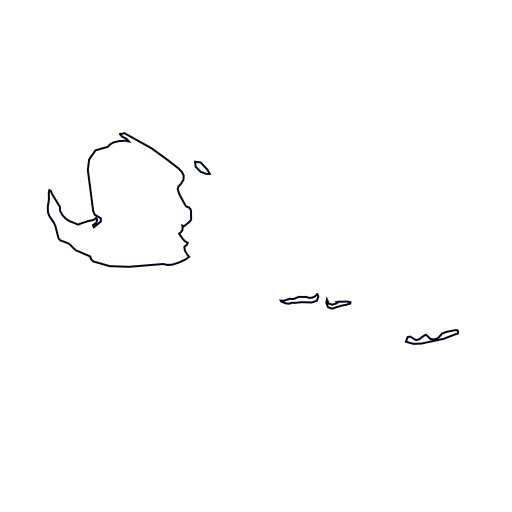 SVG path tracing the border of Isla de la Juventud, rotated 22°
{"feature_id": "CUB-1320", "entity_name": "Isla de la Juventud", "entity_type": "Special Municipality", "adm_level": 1, "iso_a3": "CUB", "parent_name": "Cuba", "parent_adm1": "", "projection": "orthographic", "projection_center": [-82.43, 21.696], "detail": "fine", "context": "isolated", "style": "outline", "palette": "ink", "viewbox_px": 512, "rotation_deg": 22, "n_neighbors": 0, "source": "natural_earth", "source_scale": "10m", "svg_char_len": 2157}
<svg xmlns="http://www.w3.org/2000/svg" viewBox="0 0 512 512"><g transform="rotate(22 256 256)"><path d="M187.8,271.3L186.1,274.3L188.0,277.6L191.5,280.3L194.3,281.8L191.9,285.7L187.0,290.9L181.5,295.5L177.2,297.4L172.7,298.3L142.3,313.6L124.2,320.2L107.3,322.0L104.5,320.9L102.4,318.5L86.8,318.2L84.5,317.4L79.9,315.3L77.1,314.6L68.6,314.8L66.4,313.7L58.7,303.3L55.8,300.6L49.1,296.1L46.6,293.2L44.5,288.3L42.9,281.3L40.2,275.0L39.7,272.4L41.3,272.5L43.9,275.1L55.8,283.9L57.4,287.5L61.1,290.6L65.7,292.7L69.6,293.5L79.5,293.5L80.3,292.5L86.9,286.8L90.7,284.3L92.5,282.6L93.3,280.6L94.0,280.9L95.3,282.4L95.5,285.0L93.3,288.5L94.9,290.1L99.2,282.2L98.0,279.2L90.9,278.1L88.2,275.3L67.9,239.3L65.1,229.1L67.6,218.2L77.7,210.3L79.0,207.0L81.1,204.3L85.8,200.9L91.3,198.2L95.2,197.4L92.6,196.1L90.0,195.6L87.3,195.6L84.4,194.1L84.3,193.6L85.8,193.1L88.0,191.4L118.9,195.3L138.2,200.1L151.5,203.9L155.7,205.8L158.9,208.6L160.2,212.6L159.4,217.3L158.1,220.4L158.3,223.3L161.8,227.5L172.4,236.2L175.6,236.1L178.0,237.3L179.6,240.1L180.8,243.3L182.0,245.7L182.1,247.6L180.8,250.6L178.1,255.4L176.3,255.4L177.6,257.6L178.0,259.8L177.5,262.0L176.3,264.1L181.7,267.6L184.5,268.9L187.8,269.4L187.8,271.3ZM471.6,252.9L470.6,253.5L461.0,262.5L442.2,275.2L434.9,278.5L427.1,279.3L427.0,274.3L429.2,273.0L435.9,274.0L438.5,272.1L440.7,268.3L442.9,265.4L445.6,266.2L448.8,267.6L452.2,266.7L455.0,264.6L456.1,262.5L457.6,258.2L461.0,255.0L468.4,250.2L470.3,249.4L471.8,250.5L472.3,252.0L471.6,252.9ZM327.2,268.3L329.0,270.3L329.2,274.8L325.1,278.2L315.7,281.7L308.8,285.3L307.2,285.7L306.0,286.5L305.1,287.6L301.8,288.7L296.6,288.9L295.6,288.1L298.5,287.1L303.2,283.1L305.8,282.3L308.0,280.9L309.8,279.0L311.2,277.8L318.0,275.1L320.8,275.0L323.5,273.7L325.6,271.6L326.5,269.8L326.8,268.6L327.2,268.3ZM357.7,264.1L360.9,263.5L361.2,264.8L357.7,267.6L353.5,270.3L346.1,276.4L342.0,276.5L338.8,273.2L338.0,269.7L338.6,270.2L341.2,272.9L345.1,272.5L348.3,269.9L349.2,268.4L348.3,268.3L349.0,267.8L356.1,264.7L357.7,264.1ZM169.6,190.0L178.5,194.1L182.4,197.2L179.6,198.4L173.2,198.7L166.6,195.8L164.2,191.4L169.6,190.0Z" fill="none" stroke="#020617" stroke-width="2"/></g></svg>